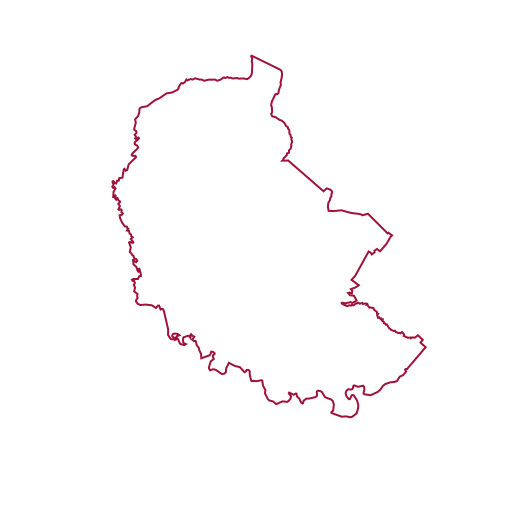 Dau Tieng, Bình Dương, Vietnam, rotated 327°
{"feature_id": "81297802B65073062645065", "entity_name": "Dau Tieng", "entity_type": "district", "adm_level": 2, "iso_a3": "VNM", "parent_name": "Vietnam", "parent_adm1": "Bình Dương", "projection": "mercator", "projection_center": [106.434, 11.318], "detail": "fine", "context": "isolated", "style": "outline", "palette": "rose", "viewbox_px": 512, "rotation_deg": 327, "n_neighbors": 0, "source": "geoboundaries", "source_scale": "gbopen_adm2", "svg_char_len": 6104}
<svg xmlns="http://www.w3.org/2000/svg" viewBox="0 0 512 512"><g transform="rotate(327 256 256)"><path d="M343.6,184.8L345.8,182.7L346.1,181.8L348.8,179.6L349.1,177.4L350.4,176.5L350.1,175.2L350.9,172.9L350.6,171.7L352.4,168.8L352.3,166.4L352.9,165.2L352.0,163.3L352.3,159.8L351.3,156.4L350.0,154.9L348.1,150.3L345.7,147.7L346.1,145.1L347.9,144.2L350.4,139.7L350.7,137.9L353.3,135.2L360.0,131.1L361.2,131.0L361.9,131.9L363.6,131.6L365.7,129.1L370.0,126.1L371.1,123.8L374.7,120.4L377.1,117.4L377.9,115.6L378.1,114.0L377.5,112.5L361.5,85.7L360.8,85.8L360.2,88.7L358.6,90.2L357.4,93.1L352.5,100.0L350.8,101.6L348.8,102.6L345.0,102.9L342.1,100.2L337.9,97.7L337.3,96.6L333.1,94.4L331.8,92.5L330.3,91.9L329.4,90.3L327.1,90.0L326.6,89.0L325.9,88.6L322.3,88.8L318.9,87.9L317.8,85.8L311.9,82.1L308.1,80.9L306.4,78.3L304.9,77.4L301.7,73.8L299.1,73.6L297.5,72.0L294.0,71.3L293.7,70.1L291.1,71.4L288.8,71.6L287.9,70.5L287.0,70.4L282.8,72.5L282.3,73.4L280.7,73.8L274.7,73.2L269.7,70.9L260.2,71.1L258.1,70.5L254.2,70.4L246.2,71.1L241.3,69.0L239.4,68.8L238.3,69.3L236.3,72.0L233.3,74.4L229.0,75.6L227.8,78.7L223.0,83.1L222.7,83.9L223.5,85.8L223.3,87.0L222.7,87.7L220.2,88.3L220.4,90.4L218.7,91.7L219.0,92.6L221.9,92.6L222.0,93.5L221.0,94.0L216.6,94.5L215.7,95.1L215.3,96.7L216.5,98.6L216.4,100.7L214.8,101.4L208.3,102.7L206.8,103.5L206.9,104.6L209.5,106.3L209.1,107.8L199.3,109.7L194.8,113.7L193.2,113.5L193.2,111.3L192.3,111.3L186.6,117.6L183.7,116.2L181.9,118.1L180.6,117.2L178.3,119.0L177.4,117.8L177.2,115.5L176.4,115.3L175.8,116.1L175.5,118.5L173.3,119.6L173.1,120.7L173.6,121.3L175.0,121.3L175.0,122.8L171.7,124.4L168.3,128.8L168.9,129.4L170.5,128.3L171.1,128.6L171.0,129.3L169.3,131.0L169.1,132.3L169.4,132.6L170.7,131.6L171.4,132.0L170.9,134.5L171.7,136.2L171.3,136.7L168.9,137.3L169.1,140.0L166.0,141.9L166.2,142.7L168.0,143.2L168.4,143.7L168.2,144.6L167.0,145.9L167.5,147.8L166.1,148.4L163.7,147.6L162.6,150.5L161.9,154.8L162.1,159.7L163.7,161.0L163.2,162.4L163.7,163.6L161.7,164.4L163.2,165.7L162.2,168.3L162.9,169.9L162.1,171.6L162.8,173.2L160.2,173.6L160.7,177.2L160.4,177.9L159.5,177.7L157.8,175.5L156.9,175.5L155.7,180.6L152.3,183.9L152.9,186.1L152.7,187.7L153.3,189.1L152.6,191.8L153.9,193.4L153.8,195.4L152.1,195.9L151.4,194.6L151.2,192.9L150.7,192.5L148.7,196.2L149.7,200.1L148.7,203.8L148.8,205.2L149.4,205.2L150.6,203.0L151.2,203.2L149.4,208.9L148.5,210.2L147.1,209.4L144.4,211.0L140.7,208.5L139.0,208.4L139.0,209.6L140.2,210.6L139.8,212.6L137.9,213.7L137.3,216.7L134.5,219.3L135.9,223.3L134.4,225.0L133.9,226.7L131.7,227.5L130.6,228.8L130.8,231.7L132.3,234.1L136.9,236.6L141.8,240.6L143.8,245.1L146.7,244.2L147.7,244.8L146.8,248.9L148.5,249.2L149.0,249.8L148.9,251.7L142.3,269.8L139.3,274.2L139.2,278.9L139.9,279.9L141.6,280.9L142.1,282.2L143.7,282.5L144.1,282.3L143.4,280.7L141.9,278.1L142.8,276.7L144.2,276.2L146.2,277.2L147.9,278.9L148.6,280.8L145.8,280.1L144.8,280.7L145.3,283.9L144.5,287.8L144.7,288.8L147.4,291.7L149.2,291.7L148.0,289.7L148.0,288.7L149.0,286.7L150.8,284.7L155.6,285.9L156.3,286.7L156.4,289.0L158.1,286.5L159.0,286.2L159.2,288.2L160.3,290.0L157.2,291.4L157.4,293.5L159.0,294.3L159.1,294.9L157.7,298.3L158.0,301.7L157.0,304.7L156.6,308.2L154.4,312.0L163.0,314.0L164.1,313.7L166.4,311.9L167.7,312.9L168.3,314.5L168.1,315.5L165.9,315.9L165.0,316.6L164.5,319.4L160.7,319.7L155.8,323.8L155.3,324.9L155.3,326.9L158.1,327.5L159.3,328.4L160.4,329.9L163.0,336.3L165.4,337.4L167.3,337.1L169.8,334.0L175.1,330.8L178.3,336.6L181.9,340.4L183.1,347.2L184.1,347.4L186.1,346.5L187.7,347.5L187.9,349.4L186.3,351.7L184.0,357.8L184.5,358.8L186.1,359.5L187.9,361.1L193.0,363.2L193.4,363.9L191.3,368.4L190.8,373.7L188.7,376.0L188.0,382.7L188.4,384.3L191.2,387.4L192.2,391.2L199.2,392.4L202.6,395.3L204.6,395.3L207.1,394.5L209.0,392.9L208.7,389.0L209.4,388.6L212.1,392.9L214.5,393.0L215.0,393.5L213.9,396.2L214.6,399.0L214.1,403.6L214.7,405.0L215.4,405.0L216.9,403.4L220.6,403.0L222.8,404.5L229.2,406.8L231.1,406.4L232.9,403.2L233.7,402.6L234.7,402.7L236.5,404.5L237.2,406.2L237.0,412.1L240.9,417.3L241.4,419.2L240.5,422.8L236.7,427.5L234.0,428.1L233.8,428.8L240.4,437.5L244.1,439.5L247.4,442.7L249.2,443.2L254.7,442.8L258.7,439.3L260.7,436.5L262.1,432.1L262.1,426.1L261.5,425.3L260.3,425.0L256.9,427.1L256.0,426.8L255.6,425.3L255.6,422.5L256.2,420.4L257.4,418.9L259.6,418.0L260.8,418.0L262.7,419.6L264.2,420.1L265.1,419.8L266.8,418.0L267.8,417.9L270.6,421.5L275.2,423.1L275.4,424.8L274.0,427.2L271.4,429.6L271.5,430.9L276.3,435.2L284.1,436.3L287.6,435.8L291.9,434.0L294.7,433.8L299.9,435.1L303.5,437.1L306.2,437.6L310.8,435.5L314.5,436.0L319.0,434.7L319.2,432.4L320.3,432.4L321.0,433.1L348.6,424.9L346.8,418.2L350.2,417.1L348.6,410.7L344.7,411.0L342.7,409.3L341.0,409.3L341.0,408.4L338.8,407.3L336.4,403.5L337.5,402.4L337.1,399.3L335.0,399.5L334.1,398.3L333.4,398.2L331.9,395.9L331.8,394.3L330.9,394.1L329.0,391.6L329.0,390.5L328.4,389.6L328.4,384.6L327.4,384.2L327.6,383.1L326.7,382.1L327.3,380.8L326.6,379.6L327.7,378.4L326.8,378.1L327.1,377.5L326.3,377.0L326.9,376.4L325.9,375.5L325.8,374.4L324.7,374.3L325.4,371.5L326.9,371.0L326.2,370.1L326.9,368.9L325.7,364.9L326.2,363.7L323.8,361.3L323.0,361.1L322.8,358.5L323.2,357.0L322.1,356.9L322.6,356.0L321.8,355.4L319.4,354.3L319.6,353.3L317.0,352.5L316.2,350.6L315.0,350.8L313.7,350.2L311.3,350.5L310.7,350.4L309.9,349.1L308.6,349.4L307.4,348.1L305.2,347.7L303.3,345.0L303.3,344.1L302.6,343.8L302.2,342.9L302.2,342.1L302.9,342.1L305.4,344.5L310.3,346.2L311.3,347.8L314.9,348.2L316.2,347.9L316.5,342.7L313.4,340.1L313.1,337.1L314.2,337.5L316.1,339.4L317.8,337.6L317.5,335.5L322.7,336.6L326.3,336.5L323.1,328.1L328.5,326.6L352.9,313.6L353.9,315.3L354.0,317.7L357.4,317.6L358.3,316.1L361.3,316.0L362.6,319.6L372.0,316.9L379.1,313.3L381.4,312.8L379.7,308.6L378.7,308.7L372.9,281.5L367.5,279.9L367.0,278.7L365.1,276.6L359.4,271.9L352.5,264.2L345.6,260.6L341.5,257.7L343.0,254.1L345.6,250.8L348.1,249.6L349.8,247.9L351.7,247.1L352.8,245.3L354.9,243.8L354.7,241.2L352.2,237.8L347.9,238.5L335.0,193.5L330.1,190.4L331.4,190.1L332.2,189.1L336.8,188.2L337.7,186.8L339.9,187.3L341.2,185.4L343.6,184.8Z" fill="none" stroke="#9f1239" stroke-width="2"/></g></svg>